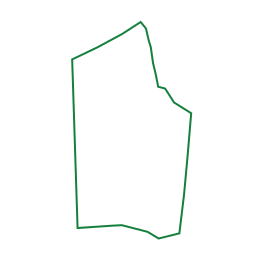 the district of Taba, Shamal Sina', Egypt, rotated 276°
{"feature_id": "37247803B8228928204650", "entity_name": "Taba", "entity_type": "district", "adm_level": 2, "iso_a3": "EGY", "parent_name": "Egypt", "parent_adm1": "Shamal Sina'", "projection": "albers", "projection_center": [34.855, 29.499], "detail": "fine", "context": "isolated", "style": "outline", "palette": "green", "viewbox_px": 256, "rotation_deg": 276, "n_neighbors": 0, "source": "geoboundaries", "source_scale": "gbopen_adm2", "svg_char_len": 514}
<svg xmlns="http://www.w3.org/2000/svg" viewBox="0 0 256 256"><g transform="rotate(276 128 128)"><path d="M23.3,88.3L29.1,121.9L30.7,131.9L26.8,158.3L21.3,170.0L28.6,190.1L67.8,190.7L105.9,190.2L149.3,189.3L152.9,181.9L158.2,171.1L165.0,165.7L171.1,160.8L172.2,153.7L183.6,150.2L195.3,146.1L210.8,142.2L217.4,139.4L228.7,135.5L231.9,132.4L232.2,132.1L232.3,132.0L232.7,131.6L233.7,130.6L234.7,129.5L220.7,112.1L219.3,110.0L205.0,89.1L190.4,65.3L23.3,88.3Z" fill="none" stroke="#15803d" stroke-width="2"/></g></svg>